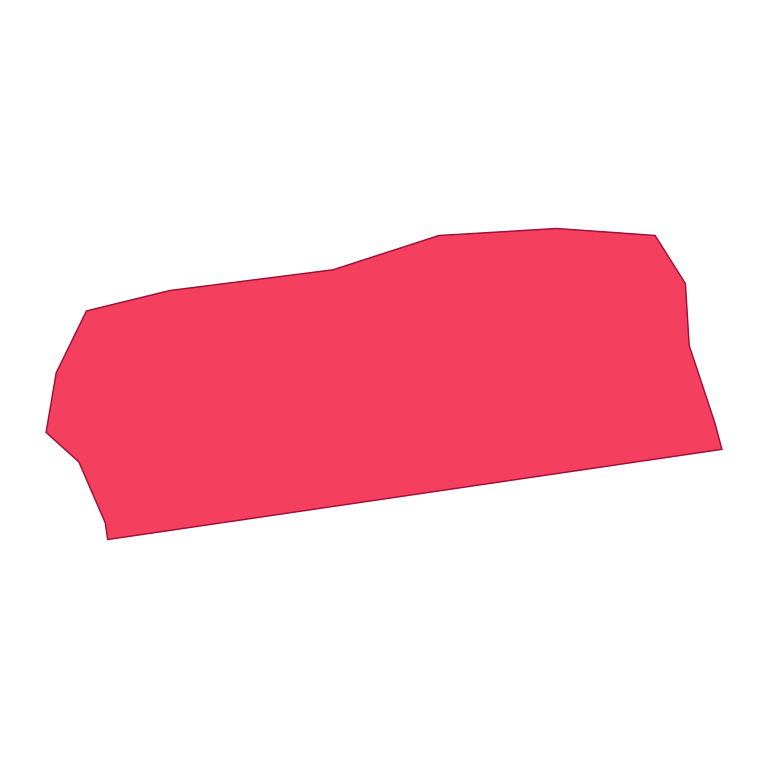 the border of Dundee
{"feature_id": "GBR-2020", "entity_name": "Dundee", "entity_type": "Unitary District (city)", "adm_level": 1, "iso_a3": "GBR", "parent_name": "United Kingdom", "parent_adm1": "", "projection": "mercator", "projection_center": [-2.949, 56.485], "detail": "fine", "context": "isolated", "style": "filled", "palette": "rose", "viewbox_px": 768, "rotation_deg": 0, "n_neighbors": 0, "source": "natural_earth", "source_scale": "10m", "svg_char_len": 320}
<svg xmlns="http://www.w3.org/2000/svg" viewBox="0 0 768 768"><path d="M721.9,449.3L107.7,539.5L105.3,522.9L78.9,462.0L46.1,432.4L56.2,372.8L86.5,310.9L169.9,290.5L332.9,269.8L439.0,235.5L556.5,228.5L655.1,235.5L685.4,283.6L689.2,345.5L714.7,422.4L721.9,449.3Z" fill="#f43f5e" stroke="#9f1239" stroke-width="1.5"/></svg>